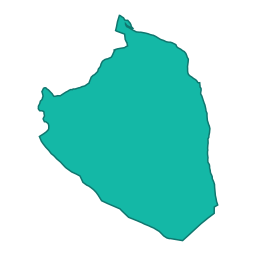 Al-Balyana, Suhaj, Egypt (Mercator projection)
{"feature_id": "37247803B40738105773266", "entity_name": "Al-Balyana", "entity_type": "district", "adm_level": 2, "iso_a3": "EGY", "parent_name": "Egypt", "parent_adm1": "Suhaj", "projection": "mercator", "projection_center": [31.948, 26.241], "detail": "fine", "context": "isolated", "style": "filled", "palette": "teal", "viewbox_px": 256, "rotation_deg": 0, "n_neighbors": 0, "source": "geoboundaries", "source_scale": "gbopen_adm2", "svg_char_len": 3380}
<svg xmlns="http://www.w3.org/2000/svg" viewBox="0 0 256 256"><path d="M217.7,205.0L217.3,203.6L216.6,201.7L216.0,198.3L215.4,195.7L215.1,192.6L214.6,187.2L214.5,184.4L213.7,181.9L212.3,178.7L212.2,176.7L211.6,175.1L210.6,173.1L210.3,171.5L210.2,170.3L209.6,168.0L209.6,166.4L209.4,164.9L209.0,164.0L207.9,162.2L207.8,160.5L207.8,158.8L208.0,158.0L207.5,154.2L207.5,151.7L207.8,150.1L207.7,149.4L207.6,148.2L207.8,145.3L208.1,143.1L208.0,140.3L207.9,138.9L208.8,137.4L208.9,135.6L209.5,132.7L209.7,130.5L209.9,128.7L209.3,126.0L208.6,124.4L208.2,123.0L207.4,120.5L207.1,117.4L207.0,115.7L207.0,113.3L206.0,110.9L205.8,109.1L204.9,105.0L204.0,102.7L202.9,99.4L202.1,96.8L201.5,95.3L200.7,94.2L200.7,92.5L201.1,90.1L201.0,88.3L200.1,87.1L200.0,85.5L199.9,85.0L199.8,83.7L199.7,82.7L198.6,82.8L197.6,82.3L197.1,81.3L196.3,80.3L195.1,79.4L193.6,78.5L191.7,77.0L190.2,76.1L188.9,74.9L188.3,74.1L187.8,72.6L187.6,71.0L187.6,68.5L187.5,66.5L188.1,62.2L188.3,60.0L188.3,59.1L187.2,57.2L186.6,55.3L185.8,53.4L185.7,53.3L184.3,51.6L182.5,50.6L180.7,49.2L178.0,47.8L176.6,46.6L176.1,45.0L175.4,44.4L172.2,42.8L170.4,42.2L168.7,42.2L166.5,41.8L166.4,41.8L163.7,40.5L160.5,39.4L155.8,36.5L153.4,35.3L153.2,35.3L151.5,34.9L150.3,34.6L149.0,34.1L147.9,33.7L145.5,33.1L143.4,32.7L140.7,32.2L139.1,32.2L136.3,31.9L131.6,29.4L129.7,28.2L128.3,27.3L127.8,27.2L126.7,26.6L126.0,25.4L125.6,24.6L125.5,24.0L125.5,23.7L126.2,24.5L127.1,25.6L128.6,26.4L130.8,27.6L132.2,28.6L132.9,28.3L131.8,27.2L131.2,26.2L131.0,25.0L130.1,23.1L128.7,21.5L127.7,20.3L126.5,20.4L124.7,20.0L124.3,19.4L124.3,19.2L123.5,17.8L122.0,16.9L120.2,15.6L119.4,15.4L117.5,21.6L116.5,26.8L116.0,29.0L115.6,30.5L116.3,31.0L124.6,34.1L125.0,37.4L125.2,39.4L126.4,42.0L127.0,42.7L127.0,43.3L127.6,45.9L126.3,46.5L124.4,47.7L120.5,48.3L117.3,48.9L115.4,49.5L114.1,50.1L114.7,50.8L114.1,51.4L112.6,54.8L112.1,55.8L111.4,57.1L110.0,57.8L108.8,58.3L107.6,58.9L106.9,58.9L105.0,59.5L103.1,60.8L102.4,61.4L101.1,63.9L100.9,64.6L100.4,66.5L98.4,69.0L97.7,71.5L94.5,74.7L93.2,75.3L91.2,77.2L90.5,79.1L89.2,82.3L89.2,82.9L84.7,86.0L82.1,86.6L81.5,86.9L79.5,87.8L78.9,87.8L75.1,89.0L73.1,89.0L72.5,89.6L70.6,89.6L69.3,90.2L67.4,91.4L66.1,92.0L62.2,94.5L60.3,95.8L57.7,95.7L57.3,95.8L55.2,96.3L54.5,96.3L53.9,96.3L53.3,95.6L52.1,93.7L50.8,92.4L49.6,91.1L48.3,89.8L47.1,89.1L45.8,87.8L44.6,87.8L43.5,88.3L42.6,90.3L41.9,91.6L42.5,93.5L43.1,96.1L42.4,98.0L42.4,98.6L41.7,99.9L40.4,101.1L39.7,103.7L38.4,106.2L38.4,107.5L38.3,108.8L39.6,110.7L40.8,110.8L42.1,110.8L43.4,111.4L44.0,112.1L44.0,113.4L44.5,116.0L43.2,118.5L43.2,119.1L44.4,121.7L45.7,121.7L47.6,123.1L48.2,123.7L48.6,125.1L48.8,125.6L48.7,128.8L48.0,130.1L46.1,132.0L43.5,133.9L41.6,135.1L39.4,136.5L41.4,141.3L43.2,143.9L45.7,147.1L48.8,150.4L51.2,153.6L53.7,155.6L54.8,156.7L55.6,157.6L56.8,158.9L60.6,162.1L62.4,164.1L65.0,166.9L66.2,168.0L71.8,172.0L76.2,174.0L80.0,176.0L83.0,182.4L86.7,185.1L88.7,186.0L91.1,187.7L93.6,189.7L96.1,192.3L98.0,194.9L101.6,200.7L107.3,203.4L113.6,206.1L118.9,208.4L119.9,208.8L121.7,210.7L128.6,217.3L133.6,219.3L141.8,222.7L144.3,224.0L149.3,226.0L150.6,226.7L153.7,228.0L156.3,229.6L159.3,231.4L160.6,232.7L163.7,235.9L166.8,237.9L169.3,238.6L170.6,238.6L182.6,240.6L188.0,235.7L200.9,223.8L208.5,217.6L209.2,217.1L210.8,215.9L213.2,214.1L214.2,213.3L214.2,210.0L214.3,207.0L217.7,205.0Z" fill="#14b8a6" stroke="#0f766e" stroke-width="1.5"/></svg>